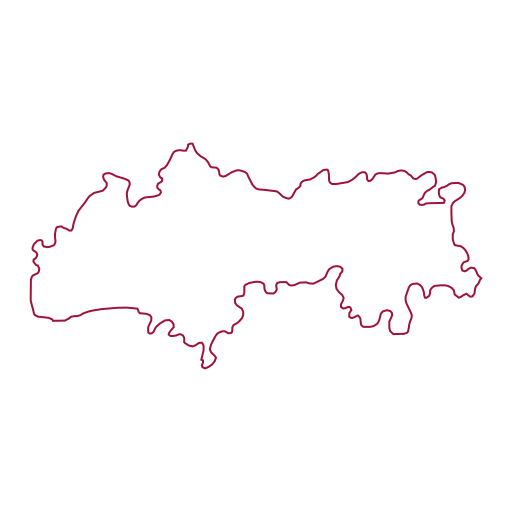 Sharkawshchyna, Vitebsk, Belarus
{"feature_id": "67162791B8322834804347", "entity_name": "Sharkawshchyna", "entity_type": "district", "adm_level": 2, "iso_a3": "BLR", "parent_name": "Belarus", "parent_adm1": "Vitebsk", "projection": "mercator", "projection_center": [27.573, 55.372], "detail": "fine", "context": "isolated", "style": "outline", "palette": "rose", "viewbox_px": 512, "rotation_deg": 0, "n_neighbors": 0, "source": "geoboundaries", "source_scale": "gbopen_adm2", "svg_char_len": 6058}
<svg xmlns="http://www.w3.org/2000/svg" viewBox="0 0 512 512"><path d="M52.9,320.8L64.9,320.6L69.2,318.3L71.1,316.7L74.8,316.1L77.1,316.1L80.4,315.2L83.2,313.4L88.0,311.7L91.9,310.7L101.6,309.1L117.1,307.8L126.6,307.6L137.3,308.6L138.2,310.3L138.6,311.7L139.8,313.2L146.4,313.8L149.9,315.2L151.4,317.3L151.2,320.6L148.3,326.8L148.1,329.3L148.3,332.6L149.9,333.6L151.6,333.4L153.6,331.8L154.7,329.3L156.3,326.8L159.6,323.7L165.0,320.4L169.3,320.0L171.8,321.6L173.5,324.1L173.7,327.2L170.6,330.7L168.9,333.2L168.7,334.6L170.4,335.9L172.2,336.1L176.1,335.5L178.8,334.4L180.3,334.2L183.0,335.5L184.2,338.0L184.2,342.3L185.4,343.4L189.0,345.6L192.5,346.4L195.3,345.4L199.0,342.9L201.9,342.7L203.1,344.5L203.6,346.3L203.6,349.1L203.5,350.7L201.3,359.7L203.0,360.4L203.0,362.6L201.9,365.1L202.4,367.1L205.0,368.4L208.4,367.0L212.2,364.4L214.7,361.2L216.0,357.7L214.4,355.5L211.1,352.4L209.8,349.2L211.1,344.6L212.9,340.8L215.8,335.6L217.3,333.6L219.5,332.3L222.0,331.4L224.5,331.2L228.2,333.2L230.2,333.2L231.8,332.5L232.3,330.3L232.3,327.6L233.4,325.2L237.4,322.9L239.4,321.1L242.0,318.2L243.2,315.1L243.2,311.8L241.8,308.7L236.9,305.3L235.2,303.1L234.9,299.5L236.0,297.7L237.8,296.6L242.1,296.0L243.4,295.5L244.3,293.1L244.3,286.6L245.2,285.0L249.2,283.0L255.0,281.9L257.6,281.7L260.5,282.1L263.6,283.7L264.3,285.7L264.5,288.9L265.2,290.9L266.5,292.8L267.9,293.3L273.5,293.5L275.5,292.0L276.8,289.3L276.1,285.5L277.2,283.0L280.1,282.1L286.4,282.1L289.3,285.1L291.5,285.5L294.4,285.1L300.0,282.6L306.4,282.4L308.9,283.3L313.3,283.7L322.9,279.0L325.4,276.8L327.8,271.3L329.2,269.2L331.4,267.7L333.6,266.6L337.0,266.1L340.3,266.8L342.5,268.8L342.3,271.5L340.3,273.7L339.6,276.1L336.8,280.6L335.8,285.0L336.5,288.8L339.0,292.2L342.3,295.1L343.6,297.8L343.2,300.0L341.0,304.4L341.0,306.9L343.2,308.5L345.4,308.2L347.6,307.1L349.5,306.9L350.6,308.0L351.4,310.0L349.4,312.9L349.2,316.7L350.8,317.8L352.1,318.0L354.6,317.1L357.3,315.6L358.1,315.6L359.9,317.6L360.4,318.9L361.0,324.5L361.7,325.6L363.5,326.9L369.7,326.9L373.7,326.1L377.1,323.8L378.2,322.3L379.3,319.8L380.9,313.6L382.9,311.4L386.9,310.2L390.4,311.1L392.0,313.1L392.2,315.1L390.7,318.7L389.3,321.4L389.3,327.8L390.2,331.2L393.3,334.1L404.0,333.8L406.7,332.9L408.0,331.6L408.9,327.2L409.1,325.2L410.0,321.6L411.4,318.3L411.8,315.4L410.9,312.7L406.5,303.5L405.6,300.4L405.6,296.7L408.9,287.3L410.5,285.1L412.5,284.0L417.0,283.5L420.1,285.0L421.9,287.1L423.0,289.5L423.8,292.0L424.3,295.7L425.0,297.7L426.5,297.8L429.2,295.8L430.1,293.1L430.1,290.6L431.2,288.6L432.5,287.3L434.5,285.9L441.0,285.3L445.0,285.3L448.2,286.0L451.7,287.9L453.9,290.4L454.6,294.4L458.8,297.7L460.9,296.9L462.8,295.5L466.4,293.7L470.2,296.7L472.4,296.4L474.4,293.7L475.3,288.0L476.2,285.9L477.8,284.2L479.3,281.9L479.8,280.1L481.3,278.3L478.5,275.8L477.5,274.4L476.0,270.7L474.3,268.2L471.0,267.6L468.3,269.0L466.6,270.5L464.7,271.3L462.3,270.5L461.4,267.6L461.7,265.4L463.3,262.8L464.1,262.1L467.7,260.9L468.6,259.1L468.3,256.2L467.2,253.2L465.3,250.1L463.2,247.8L461.1,246.4L454.8,245.1L453.7,242.7L452.8,239.4L452.7,234.4L453.9,231.4L453.7,228.1L452.4,224.5L451.7,221.2L451.4,213.4L451.4,206.2L453.0,202.9L454.8,201.2L459.9,198.0L462.3,195.8L464.4,192.8L465.1,189.9L464.5,186.6L462.9,184.8L458.5,182.9L451.7,183.2L449.3,184.1L447.2,185.6L443.9,187.2L442.0,187.5L439.1,189.2L438.8,191.9L439.1,194.7L440.2,197.3L443.6,198.8L444.7,200.6L443.8,202.9L429.7,203.2L425.8,203.5L424.1,204.6L422.2,204.9L419.8,204.7L418.4,203.3L418.4,201.2L418.9,200.4L422.2,198.4L423.1,196.8L424.0,194.5L425.3,192.4L427.5,190.6L429.2,189.9L433.5,186.6L434.9,185.9L435.9,183.0L436.1,181.2L435.5,177.4L434.7,174.7L431.8,172.4L429.2,171.9L426.8,172.2L421.6,175.2L416.8,178.8L415.3,179.0L413.2,178.4L410.9,175.6L408.5,174.2L406.9,172.5L404.6,171.0L401.2,170.4L397.8,171.0L395.0,172.4L388.4,173.6L380.0,173.1L377.8,173.4L375.4,174.5L372.3,179.2L370.4,180.8L368.4,181.0L367.2,179.6L367.0,176.2L366.3,173.8L365.1,172.4L362.3,172.2L359.8,173.2L358.3,174.3L354.7,177.8L351.5,180.2L347.8,182.1L336.4,184.0L332.1,184.0L330.3,182.9L329.1,180.8L328.9,174.3L328.2,170.7L327.6,169.7L325.6,169.7L323.3,170.1L321.8,171.1L319.8,172.6L317.8,173.8L316.1,175.8L314.0,177.4L310.0,179.5L305.0,180.3L303.0,181.1L301.3,182.4L300.5,184.0L300.4,186.0L298.9,187.6L296.0,189.5L292.0,196.7L290.5,197.9L288.7,198.7L285.4,197.8L282.7,196.5L279.3,193.2L276.9,191.4L265.0,189.9L258.5,189.4L255.6,188.2L252.5,184.8L248.3,176.6L247.1,173.7L245.0,172.0L240.7,170.6L238.0,170.2L236.3,170.5L231.8,172.2L225.6,176.0L223.0,176.6L220.4,175.7L219.6,174.8L218.9,170.7L218.2,169.2L216.6,167.7L211.7,167.3L210.4,166.6L207.9,162.0L205.6,159.2L200.7,156.3L197.3,153.4L195.3,150.6L192.6,143.7L191.4,143.6L189.7,143.8L188.1,144.7L187.9,146.8L186.0,150.6L183.7,150.7L180.0,150.2L177.7,150.4L175.3,151.1L173.8,152.2L172.4,154.3L170.0,159.7L166.9,165.2L164.6,167.8L161.4,169.2L159.6,171.4L158.9,174.0L158.9,174.7L160.3,177.4L162.2,178.5L162.1,180.9L161.0,182.0L158.1,183.7L157.2,185.8L157.3,187.7L159.0,189.5L160.4,190.4L160.9,192.5L159.6,194.6L157.9,195.4L154.1,196.5L144.9,197.5L143.0,198.3L139.6,200.5L137.6,203.0L136.3,205.2L134.4,206.6L131.6,206.6L129.6,205.7L128.5,203.8L127.8,201.9L127.1,197.3L126.8,193.5L127.4,190.6L129.7,184.7L129.6,182.6L128.6,180.6L124.8,178.8L116.4,176.3L111.5,173.8L109.2,173.1L105.5,173.5L103.5,174.7L103.1,177.0L104.0,179.6L106.7,183.1L106.7,185.5L106.1,187.2L102.8,190.7L94.2,192.9L89.6,196.0L88.0,198.0L85.1,202.3L78.5,210.7L75.7,216.9L73.4,224.2L72.9,227.6L72.0,229.6L71.4,230.5L69.4,230.6L66.6,228.9L63.5,227.8L61.3,226.4L58.3,226.8L56.8,227.3L56.1,228.4L55.7,230.0L55.0,233.9L55.0,236.2L55.5,241.6L55.0,243.5L53.8,245.3L49.4,246.9L47.7,247.2L43.6,246.4L42.5,244.5L42.5,241.7L41.6,240.4L40.6,240.1L38.6,240.3L37.1,241.0L33.9,244.3L32.7,247.1L32.5,249.0L33.3,250.4L36.1,252.3L37.3,254.3L36.9,256.1L35.8,258.2L33.7,259.4L33.4,261.5L36.1,265.1L37.8,265.5L39.3,268.7L38.8,271.7L37.6,273.2L32.8,275.5L31.9,276.7L30.9,279.7L30.7,300.3L31.9,305.5L33.1,309.6L33.9,313.5L34.8,315.0L37.8,316.6L48.6,317.8L52.4,319.5L52.9,320.8Z" fill="none" stroke="#9f1239" stroke-width="2"/></svg>